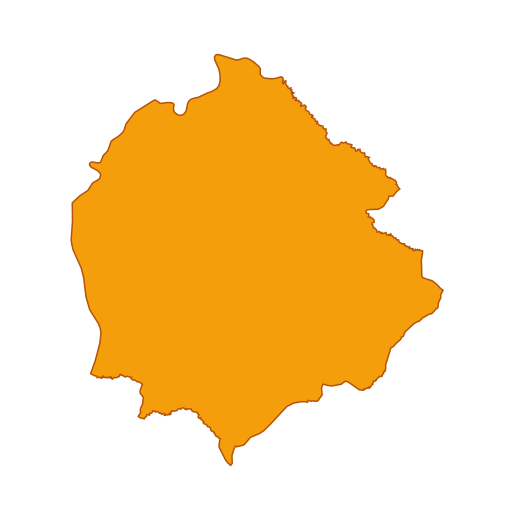 Tan Sum, Ubon Ratchathani, Thailand, rotated 83°
{"feature_id": "78962969B64880163608761", "entity_name": "Tan Sum", "entity_type": "district", "adm_level": 2, "iso_a3": "THA", "parent_name": "Thailand", "parent_adm1": "Ubon Ratchathani", "projection": "mercator", "projection_center": [105.162, 15.397], "detail": "fine", "context": "isolated", "style": "filled", "palette": "amber", "viewbox_px": 512, "rotation_deg": 83, "n_neighbors": 0, "source": "geoboundaries", "source_scale": "gbopen_adm2", "svg_char_len": 6079}
<svg xmlns="http://www.w3.org/2000/svg" viewBox="0 0 512 512"><g transform="rotate(83 256 256)"><path d="M180.9,431.9L199.2,433.9L217.4,437.5L222.5,437.4L227.9,436.7L246.8,430.9L256.5,429.7L275.7,429.7L289.1,427.6L303.9,420.6L308.5,419.5L313.3,419.2L323.8,421.7L340.3,428.3L352.7,434.5L355.4,430.4L355.4,429.4L357.5,428.4L357.1,426.3L358.4,424.7L357.5,424.2L358.1,423.4L357.2,422.9L357.9,422.7L357.8,422.2L357.0,422.1L358.3,421.0L358.0,419.9L359.0,418.5L358.1,416.9L358.7,416.5L358.4,415.6L359.2,415.5L359.5,415.0L358.9,414.5L360.2,414.2L360.7,413.4L359.2,411.6L359.8,410.1L359.7,408.9L358.9,407.9L359.2,406.7L357.1,405.5L357.1,404.5L357.9,404.3L358.5,402.3L359.4,401.9L360.2,400.2L359.6,398.0L360.8,396.1L361.2,394.3L362.3,395.0L364.2,393.2L364.5,391.0L366.2,389.6L366.7,387.2L369.5,384.4L375.2,387.4L378.1,387.7L382.4,385.1L389.1,386.6L393.0,389.1L395.0,389.7L396.3,389.5L398.0,390.0L400.8,392.5L402.3,391.0L404.0,386.8L403.1,386.5L402.1,384.4L400.0,383.4L401.0,381.1L399.1,380.4L399.3,379.2L398.4,377.7L397.1,377.2L396.9,376.4L398.7,374.7L398.3,373.4L399.2,371.6L400.2,371.2L400.3,369.7L401.6,369.1L401.1,366.8L401.4,365.8L401.9,365.6L402.9,366.3L402.9,362.9L402.2,361.8L403.1,361.3L402.3,359.6L401.1,360.2L400.7,359.4L399.5,358.7L400.0,357.7L399.8,353.4L398.5,352.1L398.1,350.4L398.9,349.4L397.7,347.7L398.3,345.8L399.5,345.0L399.2,343.9L400.0,343.7L399.4,341.5L400.1,338.9L401.6,338.7L402.8,337.5L403.7,333.8L405.4,333.3L405.6,332.5L406.7,332.0L408.1,333.0L409.8,332.7L410.2,332.1L409.9,330.5L411.4,330.6L413.9,328.0L414.8,328.8L416.2,328.0L417.5,325.4L419.4,325.1L420.0,323.3L421.2,322.1L423.3,322.1L424.6,321.0L425.7,319.0L426.6,319.2L426.9,318.6L428.8,318.3L430.3,317.2L430.4,316.1L432.2,315.3L432.8,313.9L433.5,313.7L434.8,314.6L439.8,315.9L441.7,315.8L455.2,310.9L458.2,309.0L460.7,306.6L458.7,304.8L451.3,304.2L446.3,302.1L442.2,299.7L443.0,298.3L442.3,292.1L441.6,290.4L435.3,283.6L432.6,274.1L430.2,269.4L424.7,262.2L409.2,243.8L406.6,236.6L406.1,228.6L406.9,223.8L407.5,222.8L405.6,221.8L407.0,219.1L406.5,217.9L407.6,214.0L407.2,212.1L406.4,211.1L405.2,210.8L404.3,209.4L401.9,207.3L395.9,207.1L394.1,206.7L391.3,205.1L393.3,200.2L394.2,196.7L394.1,193.8L393.7,187.2L391.2,182.7L392.1,180.1L401.5,169.6L402.3,165.6L401.4,165.4L401.6,164.0L400.9,163.7L400.8,160.9L400.3,160.6L400.8,159.8L399.9,159.7L400.3,159.2L400.1,158.3L398.5,157.3L397.6,155.7L396.8,156.0L395.9,154.9L394.4,154.3L394.6,152.5L394.1,151.9L393.6,152.0L391.6,149.6L390.9,148.1L390.9,146.9L390.4,146.5L390.6,145.5L388.8,144.8L388.4,143.6L386.7,143.7L385.9,141.7L385.1,142.0L384.1,141.1L379.6,140.5L363.6,133.3L362.6,130.5L360.6,128.6L356.4,122.6L354.3,121.5L353.8,119.7L349.4,117.2L342.5,107.6L340.9,104.1L340.4,101.6L337.8,98.3L335.0,91.6L334.7,89.1L333.9,87.5L330.6,83.9L329.5,81.8L324.5,80.5L320.1,77.8L317.0,77.4L312.8,74.5L311.1,76.5L306.2,80.0L302.2,84.0L298.2,92.5L296.7,93.9L280.3,92.4L272.4,90.1L271.1,90.1L270.8,91.8L269.6,93.0L270.1,94.5L269.1,94.9L269.7,96.6L268.8,97.1L269.9,98.3L269.6,99.5L269.1,99.8L268.0,99.2L267.4,100.8L267.6,101.6L266.7,102.5L265.6,102.5L266.4,103.8L265.1,104.2L264.0,107.0L263.3,106.6L261.9,107.4L261.6,109.7L260.2,111.4L260.1,112.2L257.4,112.5L257.0,114.7L255.1,115.0L254.8,117.1L253.0,117.7L252.0,119.3L251.9,120.4L251.2,119.5L250.5,119.4L251.3,123.0L250.7,123.8L248.6,124.1L249.4,127.2L248.0,127.9L248.7,129.6L246.7,130.3L247.1,132.9L245.4,132.9L242.6,134.8L242.5,135.9L239.1,136.5L238.7,137.1L237.7,137.0L237.0,136.4L237.1,134.7L234.7,134.4L232.8,135.9L232.3,137.1L231.3,137.5L231.4,138.7L230.9,139.9L229.4,139.0L227.8,139.0L226.9,141.5L224.5,141.1L223.6,139.8L224.5,128.7L222.3,123.5L215.3,117.6L212.9,116.8L213.2,112.6L209.3,108.7L206.9,105.1L205.2,106.5L202.5,107.3L202.0,108.3L201.0,107.7L199.5,107.8L197.6,109.0L195.3,112.6L194.4,113.1L194.7,115.1L193.8,115.3L192.4,117.1L189.8,117.4L188.5,116.9L185.6,116.9L185.6,118.5L184.6,119.1L185.1,120.5L184.9,121.8L183.2,122.3L183.1,124.6L182.2,125.6L181.0,126.0L181.0,127.3L181.6,127.7L180.7,128.6L180.5,129.4L178.7,129.5L177.7,131.0L174.4,132.5L173.1,132.7L171.9,131.5L171.1,133.2L170.8,135.5L166.8,135.7L167.1,137.1L165.9,139.0L164.5,139.9L162.9,139.7L162.6,142.1L163.5,142.1L164.2,144.1L160.7,145.0L160.4,147.3L159.2,148.5L158.0,147.3L157.2,147.3L155.4,152.2L153.8,152.8L154.6,155.4L153.7,156.7L153.6,157.7L155.4,159.4L155.6,160.7L156.3,161.0L155.5,162.5L155.9,164.2L155.2,166.1L154.4,166.9L153.4,167.0L153.4,168.5L151.5,168.7L150.4,169.5L149.2,169.4L149.2,170.6L146.4,172.5L142.8,170.5L140.5,171.5L138.5,170.9L138.1,173.3L135.2,173.9L134.0,177.3L132.0,178.6L131.9,179.5L130.7,178.5L129.9,178.6L129.5,180.3L128.6,180.9L127.3,180.7L125.1,183.9L124.5,183.6L124.0,182.3L123.0,182.7L122.1,185.2L119.3,185.9L117.1,188.9L114.8,188.9L114.2,188.0L113.7,188.0L112.0,189.6L112.8,193.4L110.3,192.2L109.5,192.4L107.8,194.4L106.9,194.6L106.9,195.0L107.5,195.1L106.7,195.7L106.3,197.9L105.1,196.6L104.1,196.7L103.0,198.7L104.1,199.1L103.8,200.1L102.8,199.8L101.9,200.1L101.3,199.6L99.7,200.7L98.9,198.8L98.1,201.0L97.7,200.9L97.7,199.7L95.7,201.2L95.1,200.4L94.3,201.4L93.4,201.0L93.8,203.1L92.8,203.9L91.6,203.7L91.5,204.4L88.2,205.7L86.1,204.9L85.7,205.5L86.0,206.1L86.9,206.5L87.0,207.4L88.4,207.8L88.2,208.1L86.6,208.7L85.0,207.5L82.2,207.7L81.2,209.4L82.1,214.9L82.0,219.1L80.4,226.0L79.0,227.8L76.2,229.7L71.0,228.9L68.8,229.7L63.4,234.3L60.2,238.2L58.5,241.1L58.1,244.2L59.1,249.2L59.1,251.6L51.8,267.8L51.3,270.0L51.6,271.5L53.5,273.0L56.6,273.0L66.0,270.0L72.0,269.6L78.3,270.4L82.4,272.1L85.1,274.7L87.3,279.9L88.4,284.7L91.4,293.9L92.0,299.4L92.8,302.1L94.2,303.8L96.9,305.5L103.2,307.5L106.2,310.1L107.0,312.1L107.2,313.8L106.6,316.0L103.5,319.5L100.4,320.1L95.8,318.9L94.5,319.6L93.6,321.2L92.9,324.6L93.0,332.1L88.8,337.0L89.4,339.2L98.6,358.7L109.0,368.9L115.2,371.7L117.1,373.3L120.2,377.6L123.4,384.2L124.6,385.8L133.5,390.3L137.8,395.5L143.8,398.7L144.3,399.6L144.3,401.7L142.7,407.1L142.9,408.7L143.9,409.9L145.6,410.1L147.7,408.9L151.7,403.1L154.5,400.8L156.9,400.3L159.9,401.7L160.9,403.0L163.7,409.4L170.5,414.9L174.5,423.1L180.9,431.9Z" fill="#f59e0b" stroke="#b45309" stroke-width="1.5"/></g></svg>